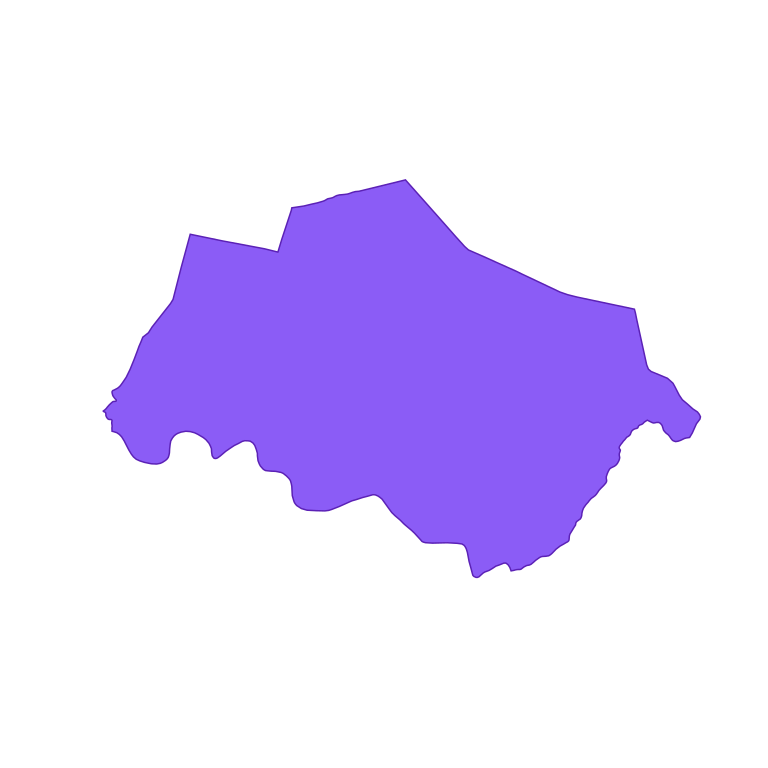 outline of Duc Hue, Long An, Vietnam, rotated 142°
{"feature_id": "81297802B23772600550478", "entity_name": "Duc Hue", "entity_type": "district", "adm_level": 2, "iso_a3": "VNM", "parent_name": "Vietnam", "parent_adm1": "Long An", "projection": "orthographic", "projection_center": [106.28, 10.865], "detail": "fine", "context": "isolated", "style": "filled", "palette": "violet", "viewbox_px": 768, "rotation_deg": 142, "n_neighbors": 0, "source": "geoboundaries", "source_scale": "gbopen_adm2", "svg_char_len": 5463}
<svg xmlns="http://www.w3.org/2000/svg" viewBox="0 0 768 768"><g transform="rotate(142 384 384)"><path d="M627.4,514.2L626.4,512.9L624.5,510.1L623.6,507.2L623.3,504.3L623.3,503.4L623.8,498.9L624.5,495.4L625.7,489.1L626.3,484.1L626.3,480.8L625.6,477.3L623.8,473.8L621.0,469.7L616.5,464.4L612.4,460.9L609.1,459.2L606.7,458.6L603.0,458.3L600.7,458.5L599.0,459.1L597.4,460.2L595.5,461.8L592.9,464.8L589.7,468.1L587.1,470.4L584.0,471.7L581.4,472.3L579.2,472.4L576.9,472.1L573.5,471.0L569.3,468.8L566.0,465.8L563.3,462.2L561.7,459.0L559.4,453.1L558.6,449.8L558.4,445.0L559.0,442.0L559.8,439.3L561.7,436.6L563.5,433.4L563.7,432.2L563.7,431.2L563.7,430.4L563.5,430.0L563.0,429.3L562.3,428.8L561.4,428.4L560.2,428.2L557.4,428.1L550.1,428.4L545.0,428.1L543.6,428.0L539.8,427.7L535.6,426.8L530.9,426.0L528.6,425.0L526.1,422.9L524.6,421.3L523.6,418.3L523.6,416.1L523.7,415.0L524.8,411.4L526.4,407.4L528.0,405.3L530.5,401.1L531.5,397.8L531.9,395.5L531.7,392.1L531.6,391.1L531.3,390.2L530.7,388.8L529.1,387.2L526.7,384.9L523.3,382.0L521.8,380.3L519.5,377.6L518.5,375.7L517.5,371.7L517.1,368.4L517.1,366.9L517.3,365.3L518.4,362.6L519.6,360.2L525.0,352.5L527.1,347.3L527.6,345.6L527.7,343.5L527.6,341.9L525.8,336.7L522.3,331.9L515.4,325.9L508.7,320.4L505.5,318.5L505.3,318.4L502.6,317.4L494.6,315.0L482.0,311.9L481.0,311.6L477.3,310.1L470.7,307.7L466.1,305.7L460.9,303.6L459.1,302.0L457.7,299.4L457.0,297.2L456.4,294.3L456.5,292.2L456.9,282.0L457.0,277.9L456.4,273.4L455.1,267.1L454.9,265.7L454.5,262.0L454.2,260.3L452.4,251.7L451.8,247.7L451.1,238.9L451.0,236.6L450.4,235.3L449.1,233.5L443.8,228.8L434.5,221.9L431.6,219.7L424.4,213.4L421.1,210.0L420.2,207.6L420.2,206.0L420.6,203.6L422.0,199.9L426.2,191.8L428.6,186.0L431.1,180.2L431.8,178.4L431.6,176.9L430.5,174.9L429.5,174.1L427.8,173.6L425.3,173.8L422.2,174.0L420.4,173.8L416.0,172.4L412.1,171.9L408.0,171.6L404.5,170.4L399.9,169.1L398.4,168.0L398.0,167.3L397.5,164.9L397.8,161.9L398.9,158.5L396.4,157.2L395.1,156.7L393.7,156.0L392.6,155.3L391.7,154.6L391.0,154.1L389.9,153.7L388.7,153.7L386.5,153.7L384.8,153.4L383.3,153.1L380.8,151.8L379.1,151.4L375.7,151.5L373.1,151.7L370.5,151.6L368.6,151.5L367.0,151.3L365.4,150.6L362.5,148.6L359.9,147.2L357.9,147.0L355.8,147.1L350.2,147.9L345.1,147.9L341.3,147.3L338.1,146.9L336.6,146.6L335.2,146.7L334.5,147.0L333.7,147.7L332.9,148.6L331.4,150.2L329.8,151.3L324.7,153.2L322.4,154.1L320.0,154.9L319.1,155.7L318.6,156.2L317.8,156.7L316.3,157.0L315.2,156.9L313.9,156.9L312.4,156.8L311.3,157.2L310.4,157.7L309.3,158.5L307.5,160.4L305.5,162.0L303.1,163.4L299.2,164.6L297.0,165.0L295.8,165.2L294.1,165.7L291.4,166.2L290.0,166.2L288.7,166.1L286.1,166.1L284.5,166.4L282.2,167.1L280.2,167.8L277.3,168.3L273.9,168.7L272.6,168.9L270.2,169.4L268.9,170.0L268.3,170.5L267.8,171.1L267.0,172.7L265.9,174.1L263.2,175.9L261.0,177.1L258.8,178.0L257.7,178.2L256.1,178.0L254.8,177.7L252.8,177.3L250.8,177.3L249.0,177.7L246.0,179.0L244.4,180.1L243.5,181.0L242.3,183.3L241.4,184.3L240.3,185.0L239.1,185.8L238.7,186.1L238.4,186.5L238.4,187.2L238.1,188.7L237.7,189.2L237.5,189.4L236.4,190.0L234.4,190.6L232.6,191.0L230.5,191.6L228.4,191.9L226.8,192.3L225.5,192.6L224.3,192.4L222.7,192.3L221.2,192.5L220.6,192.8L219.7,193.4L218.6,194.0L217.6,194.4L217.1,194.5L215.2,194.5L213.9,194.2L212.8,193.7L212.1,193.4L211.2,193.2L210.4,193.5L209.9,193.9L209.1,194.2L208.3,194.2L207.4,194.1L206.4,193.7L205.6,193.5L205.0,193.4L204.3,193.4L202.3,193.7L198.8,193.4L196.6,188.8L195.8,187.5L194.6,186.7L192.9,185.9L191.2,184.6L190.6,183.4L190.4,182.1L190.4,180.1L191.4,177.4L192.1,175.7L192.2,174.1L192.0,171.7L191.3,169.1L191.2,167.1L191.4,164.4L191.4,162.7L191.1,161.3L190.5,160.3L190.1,159.7L189.7,159.1L187.6,157.9L185.0,157.0L180.8,156.1L179.1,155.4L176.1,153.7L171.2,155.6L162.3,160.3L156.7,161.8L154.8,163.3L154.2,166.0L154.2,169.0L155.9,174.1L157.3,181.8L158.6,187.9L158.2,193.6L156.4,202.9L155.8,206.7L157.1,214.0L165.8,229.4L166.5,232.9L165.2,237.4L145.3,278.9L142.1,285.3L140.6,288.8L178.3,333.6L184.3,341.3L186.5,344.7L188.7,348.1L207.7,385.9L210.4,391.5L221.1,411.7L225.1,419.4L234.9,437.6L235.8,442.7L236.8,456.5L239.3,497.9L241.4,530.9L241.4,531.6L285.1,551.3L288.0,553.2L290.8,554.4L293.9,555.4L295.9,556.2L298.6,557.8L302.8,560.5L305.3,561.6L307.1,562.0L308.5,562.2L309.6,562.4L311.1,563.0L314.1,564.5L314.9,564.7L316.5,564.9L317.2,565.0L317.9,565.1L319.3,565.5L324.9,567.7L330.1,570.2L333.2,571.6L337.6,573.6L348.2,579.6L350.0,578.0L375.4,561.0L386.2,553.4L386.4,553.3L394.9,564.1L423.1,596.1L437.2,612.7L444.5,621.3L471.8,600.9L498.2,580.5L500.4,579.7L502.8,578.8L531.7,571.7L538.1,569.4L545.2,569.4L549.5,566.9L553.9,564.5L558.2,561.8L565.6,557.3L575.0,551.9L583.0,548.0L589.5,545.9L591.6,545.3L593.2,544.9L595.6,544.7L597.0,544.8L600.3,545.4L601.7,545.8L602.6,545.6L603.1,545.3L603.7,544.5L604.6,542.5L604.9,541.5L605.0,539.8L605.0,537.9L604.8,536.8L604.9,536.1L605.4,535.6L605.8,535.5L606.5,535.8L607.0,536.2L607.6,536.6L608.4,537.0L609.6,537.0L611.2,536.9L613.3,536.7L616.4,536.1L617.9,535.7L619.7,535.5L621.3,535.5L621.9,535.5L621.9,535.2L621.7,534.4L621.4,533.9L621.2,533.6L621.1,533.3L621.0,533.0L621.0,532.9L621.7,531.5L622.6,530.3L622.8,529.7L622.9,529.2L623.1,528.5L623.1,527.5L623.1,526.7L622.9,526.0L622.6,525.5L622.1,525.0L621.5,524.5L621.0,524.1L620.8,523.8L620.7,523.5L620.7,523.2L620.8,522.8L620.9,522.5L621.4,522.1L621.9,521.6L622.4,521.1L622.7,520.7L623.1,520.0L623.6,519.1L623.9,518.7L624.5,517.8L625.4,517.0L627.4,514.2Z" fill="#8b5cf6" stroke="#5b21b6" stroke-width="1.5"/></g></svg>